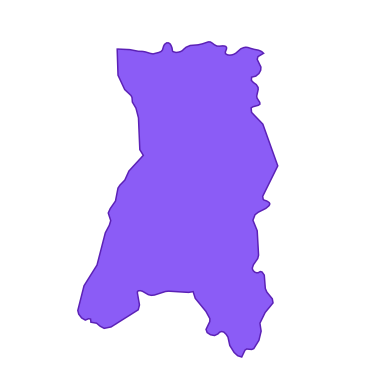 Calvados, Mercator projection, rotated 281°
{"feature_id": "FRA-5275", "entity_name": "Calvados", "entity_type": "Metropolitan department", "adm_level": 1, "iso_a3": "FRA", "parent_name": "France", "parent_adm1": "", "projection": "mercator", "projection_center": [-0.269, 49.094], "detail": "fine", "context": "isolated", "style": "filled", "palette": "violet", "viewbox_px": 384, "rotation_deg": 281, "n_neighbors": 0, "source": "natural_earth", "source_scale": "10m", "svg_char_len": 2345}
<svg xmlns="http://www.w3.org/2000/svg" viewBox="0 0 384 384"><g transform="rotate(281 192 192)"><path d="M44.9,117.6L47.9,116.7L47.9,114.7L45.9,111.7L47.3,107.7L50.5,104.1L53.9,102.5L79.4,103.9L102.2,112.7L135.4,114.7L143.6,117.2L148.4,117.7L155.4,113.8L160.1,114.9L168.5,118.6L181.7,118.6L185.1,120.0L190.9,123.8L200.6,126.1L218.7,137.2L223.6,132.7L254.6,125.3L263.6,121.0L268.9,116.3L273.3,115.1L275.1,113.7L279.7,106.4L292.5,97.1L316.6,91.6L318.0,91.3L318.2,92.2L319.9,103.8L319.9,112.4L320.6,116.8L320.6,119.7L320.1,124.5L320.1,127.4L322.7,132.9L324.1,134.9L325.8,135.9L329.8,136.3L331.7,136.9L333.6,138.7L333.9,140.6L333.1,142.4L331.4,143.8L329.6,144.9L326.8,145.9L326.3,146.3L326.1,147.3L325.9,149.7L326.6,151.8L327.6,153.9L328.9,155.5L330.8,156.8L333.0,158.6L335.5,162.3L337.6,169.8L339.4,173.9L342.5,179.4L342.8,181.4L342.0,183.5L340.9,185.7L340.0,188.6L340.4,191.2L341.3,194.2L341.5,196.2L341.3,197.4L340.5,198.3L339.1,198.6L335.7,198.0L334.2,198.5L333.4,200.6L333.5,202.8L334.2,205.0L335.2,206.8L336.6,208.5L341.9,212.6L343.6,215.2L344.4,217.2L344.5,218.9L344.5,219.6L344.2,221.9L343.9,225.8L343.9,230.0L343.6,231.9L343.1,233.7L341.8,235.8L337.5,230.9L334.6,230.7L327.8,235.8L324.7,236.2L321.1,235.1L317.9,232.5L316.1,228.6L312.9,229.0L311.2,231.4L309.7,234.6L307.3,236.9L305.2,237.4L298.4,237.2L296.5,238.0L292.9,241.4L291.2,241.9L289.8,240.6L287.2,235.4L285.8,234.0L281.5,235.3L272.1,248.6L234.0,271.2L201.2,262.2L198.4,263.3L197.8,264.3L197.5,266.8L197.1,268.1L196.3,269.8L195.5,270.5L194.4,270.6L193.1,270.1L190.1,267.7L184.7,260.8L181.7,258.2L175.9,257.2L166.4,263.4L142.7,269.4L139.2,269.2L132.4,266.2L128.9,265.7L127.6,266.2L126.3,267.3L125.3,268.9L125.0,271.0L125.5,272.6L126.4,273.5L127.0,274.4L126.8,276.1L124.2,278.8L111.2,282.4L108.0,284.6L102.5,291.2L98.6,292.7L87.7,286.8L76.2,283.7L68.6,286.4L59.2,286.0L50.0,282.5L48.8,280.6L48.3,275.6L46.9,274.2L39.5,272.3L40.0,268.1L42.5,264.0L48.5,258.4L56.4,255.0L58.8,252.7L60.6,249.9L60.7,247.7L59.7,245.9L57.6,244.5L55.4,241.5L55.4,237.4L56.9,233.7L59.8,232.0L68.2,234.2L71.1,233.7L77.4,228.5L88.2,215.5L94.4,212.1L92.8,207.8L90.2,188.0L89.3,185.0L83.7,174.8L82.8,171.8L82.9,168.7L85.1,162.3L85.3,160.2L84.8,158.2L83.9,157.5L82.6,157.6L71.1,162.0L66.1,161.7L44.1,138.3L41.4,131.8L42.7,127.5L45.0,123.4L44.9,117.6Z" fill="#8b5cf6" stroke="#5b21b6" stroke-width="1.5"/></g></svg>